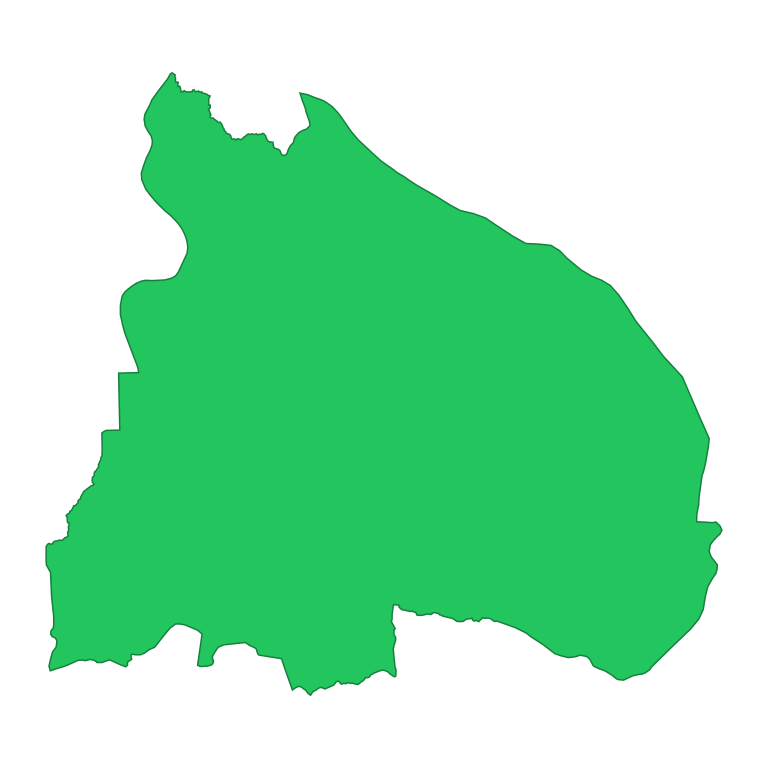 Prey Chhor, Kâmpóng Cham, Cambodia
{"feature_id": "14789045B91228863328058", "entity_name": "Prey Chhor", "entity_type": "district", "adm_level": 2, "iso_a3": "KHM", "parent_name": "Cambodia", "parent_adm1": "Kâmpóng Cham", "projection": "orthographic", "projection_center": [105.196, 12.105], "detail": "fine", "context": "isolated", "style": "filled", "palette": "green", "viewbox_px": 768, "rotation_deg": 0, "n_neighbors": 0, "source": "geoboundaries", "source_scale": "gbopen_adm2", "svg_char_len": 6016}
<svg xmlns="http://www.w3.org/2000/svg" viewBox="0 0 768 768"><path d="M300.0,93.1L302.6,101.2L305.2,107.9L306.0,111.7L309.2,120.8L309.9,124.0L309.9,125.6L307.7,128.0L306.0,129.3L302.8,130.4L300.0,131.9L298.5,133.0L296.1,135.6L294.4,138.2L293.4,142.5L290.5,145.6L289.1,148.0L288.2,149.8L287.2,153.3L286.0,154.6L284.2,155.5L282.4,155.1L281.2,153.9L280.1,150.8L278.3,149.3L275.6,148.6L273.7,147.3L272.9,142.2L269.2,141.8L267.9,141.0L267.0,139.6L265.4,135.6L264.2,134.1L262.8,133.3L261.1,134.4L259.5,134.2L257.8,134.8L256.4,133.8L254.8,134.5L251.4,133.8L250.1,134.6L248.7,134.0L247.0,134.6L245.5,136.2L244.1,136.9L241.4,139.7L237.6,138.7L236.2,139.9L234.7,139.0L232.1,139.2L231.1,137.4L230.5,135.2L228.4,133.9L226.1,133.2L225.7,131.6L224.4,130.8L224.1,129.1L223.0,127.7L222.2,125.0L220.3,122.2L218.3,122.4L216.6,120.8L214.4,119.3L213.1,118.0L211.7,118.2L210.3,117.4L209.9,115.8L211.0,114.9L210.1,113.0L209.3,110.7L208.4,109.0L210.0,108.2L210.3,106.6L210.1,105.0L208.6,105.0L208.8,100.9L208.6,99.2L210.1,96.0L208.1,95.3L206.7,94.2L203.8,93.2L202.0,93.2L201.8,91.8L199.8,92.2L198.5,91.0L196.5,91.6L195.1,91.6L194.2,89.8L192.6,90.1L192.3,91.5L189.8,92.0L185.7,91.7L184.1,90.6L183.1,91.6L181.2,91.9L180.3,87.5L179.7,86.2L177.9,86.5L177.8,84.3L178.3,82.4L175.4,81.7L175.5,77.9L174.7,76.7L175.3,75.1L172.1,72.8L170.2,74.1L167.6,78.9L158.0,91.3L151.8,100.1L149.8,104.8L145.0,114.0L144.1,119.1L145.2,126.1L148.0,131.3L151.0,135.8L152.3,140.1L152.2,144.3L150.3,150.1L146.4,157.9L143.7,165.4L141.3,173.2L141.8,179.8L145.8,189.2L149.9,194.7L155.4,201.3L160.1,206.1L165.2,211.0L170.4,215.3L175.5,220.5L178.7,224.1L182.2,229.3L184.8,234.6L186.2,238.3L187.2,242.6L187.8,247.3L187.1,253.2L178.4,272.0L175.4,276.1L170.9,278.4L164.4,280.0L152.0,280.6L145.6,280.3L141.5,281.1L136.3,283.3L133.3,285.2L128.2,289.0L125.1,291.8L122.7,295.1L121.8,297.7L120.4,305.6L120.4,314.6L122.7,325.1L124.8,333.0L137.5,366.6L138.3,369.8L138.6,372.6L118.6,373.1L119.8,430.1L106.1,430.4L103.4,431.8L101.9,433.0L102.2,451.6L101.9,453.3L102.3,455.0L100.9,457.8L100.8,459.3L98.3,465.1L98.8,466.8L97.4,468.5L96.2,470.6L94.9,471.6L94.2,473.2L94.3,474.9L93.8,476.2L92.4,477.3L92.4,478.9L92.1,480.4L92.3,481.9L94.0,484.4L92.6,485.4L91.0,485.9L84.5,490.9L83.3,492.1L82.8,493.6L81.8,494.8L80.6,497.4L80.3,499.0L78.4,500.1L77.9,501.5L78.0,502.9L75.3,505.5L73.8,505.7L71.6,510.4L69.9,511.2L69.3,513.2L67.6,514.1L66.1,515.6L67.3,517.7L67.2,519.4L67.5,522.5L69.1,523.2L69.0,524.9L68.4,526.8L68.6,530.5L67.6,532.3L67.8,534.2L68.2,535.7L66.3,537.4L64.7,537.8L62.3,540.4L59.4,540.0L57.0,541.0L55.5,541.0L54.0,541.6L51.7,544.3L48.6,543.5L47.2,544.8L46.1,546.6L46.1,560.0L46.4,564.9L50.5,572.5L51.6,596.8L53.7,616.2L53.7,625.0L53.3,627.9L51.0,630.9L50.6,634.2L52.2,636.6L55.3,637.9L57.0,640.9L56.1,647.1L52.5,652.0L50.2,660.5L49.0,666.1L50.2,670.8L59.7,667.7L62.8,666.8L67.7,665.0L78.2,660.3L82.3,660.1L85.4,660.7L89.5,659.5L93.6,660.1L95.9,661.3L96.9,662.5L102.2,662.5L106.3,660.9L109.8,659.9L120.1,664.6L125.7,666.8L127.5,665.3L127.5,663.1L128.1,661.6L131.6,659.5L131.5,657.8L130.9,656.2L131.4,654.7L132.7,654.2L135.5,654.8L140.5,654.8L144.4,653.1L149.7,649.4L154.7,647.2L163.6,635.8L170.0,628.2L175.6,624.0L179.7,624.0L184.8,624.8L197.6,630.2L202.1,634.0L197.6,665.3L199.5,666.2L201.8,666.6L204.2,666.2L206.8,666.2L209.4,665.6L211.8,664.8L212.9,663.5L213.4,662.1L213.4,660.4L212.6,658.9L212.3,657.2L213.6,654.3L217.2,648.5L218.4,647.2L223.8,644.8L245.4,642.5L249.6,645.4L254.8,647.8L256.2,648.9L257.8,654.0L259.0,655.1L281.6,658.7L283.9,665.9L292.4,690.0L295.9,687.5L298.7,686.4L300.1,686.6L301.9,687.4L303.5,688.8L305.8,690.3L307.9,693.3L310.5,695.2L311.7,693.7L312.3,692.3L314.1,691.0L315.9,690.2L318.0,688.5L320.1,687.5L322.3,687.7L324.8,689.0L333.5,685.2L334.8,683.9L335.9,682.1L337.6,681.3L339.2,681.5L340.2,683.3L341.7,684.2L343.2,683.4L346.4,683.6L347.9,682.6L350.8,683.4L352.5,683.2L355.9,684.2L358.2,684.4L361.5,681.7L363.3,680.6L365.8,677.5L367.2,677.7L369.2,677.2L370.9,674.8L374.5,672.9L378.7,671.2L383.0,670.0L387.5,671.5L389.8,673.8L394.3,676.8L395.8,676.1L396.0,670.3L395.7,668.7L395.0,666.9L393.3,649.9L393.3,648.3L393.8,647.0L394.0,645.0L394.8,643.4L395.0,641.8L395.6,640.5L395.7,639.0L395.5,636.8L394.3,635.5L393.9,634.0L394.1,629.7L395.2,628.7L391.4,621.7L392.1,618.9L392.1,614.9L393.0,607.2L393.8,604.5L398.9,605.3L399.1,607.2L401.5,609.5L410.4,611.5L412.0,611.1L413.6,611.9L415.3,612.2L416.3,613.4L416.8,615.0L419.8,615.4L421.8,615.4L427.7,613.9L429.7,614.4L431.7,614.3L432.4,613.0L435.6,612.6L437.1,613.3L438.6,613.6L439.5,614.8L440.9,615.0L442.6,616.1L452.4,618.4L454.0,619.3L456.6,621.3L460.2,621.6L463.2,621.4L465.6,619.6L467.1,619.0L470.2,618.7L471.9,618.2L472.7,620.1L474.2,621.1L475.9,620.4L478.9,621.6L479.8,620.3L481.4,619.2L482.4,617.7L484.5,618.3L488.4,618.0L491.3,619.1L492.3,620.1L494.7,621.5L496.8,621.0L515.2,627.6L526.2,633.0L531.1,636.9L543.1,644.6L554.9,653.7L560.8,655.7L568.3,657.6L575.1,656.8L580.3,655.2L586.6,656.5L589.6,658.9L593.2,665.7L594.6,666.7L600.0,669.1L603.4,670.2L607.1,672.1L611.8,675.1L616.2,678.6L618.1,679.6L623.6,680.1L632.8,675.8L637.9,674.6L642.4,674.0L645.5,672.7L649.8,669.6L651.7,666.8L670.8,648.0L690.8,628.8L698.8,619.1L703.2,609.6L705.4,596.1L707.9,586.4L712.9,577.7L715.9,573.5L716.9,569.9L717.4,564.9L711.3,557.0L709.1,551.5L710.4,544.7L713.0,541.0L716.7,537.0L719.8,534.2L721.9,530.2L720.1,526.1L716.0,522.0L712.1,522.7L706.2,522.2L696.6,521.8L696.8,514.2L698.7,504.6L699.0,497.7L702.0,475.9L703.8,470.5L705.5,463.2L708.3,447.2L709.2,438.6L699.9,417.6L682.3,376.8L663.2,356.1L653.7,343.5L635.7,321.0L628.3,309.0L618.8,295.1L610.3,285.5L601.7,280.3L591.6,276.2L580.9,269.8L567.1,258.4L559.6,250.7L551.0,245.4L538.9,244.1L525.8,243.5L513.0,236.3L496.5,225.5L485.5,218.0L473.4,213.6L460.1,210.5L449.9,204.9L436.3,196.4L416.8,185.3L408.3,179.7L404.4,176.9L397.0,172.5L391.7,168.4L386.1,164.6L380.7,160.7L372.8,153.5L358.2,139.8L351.3,131.7L340.8,116.5L337.5,112.3L332.0,106.5L326.1,102.3L323.5,100.8L319.4,99.1L314.8,97.6L307.6,94.7L300.0,93.1Z" fill="#22c55e" stroke="#15803d" stroke-width="1.5"/></svg>